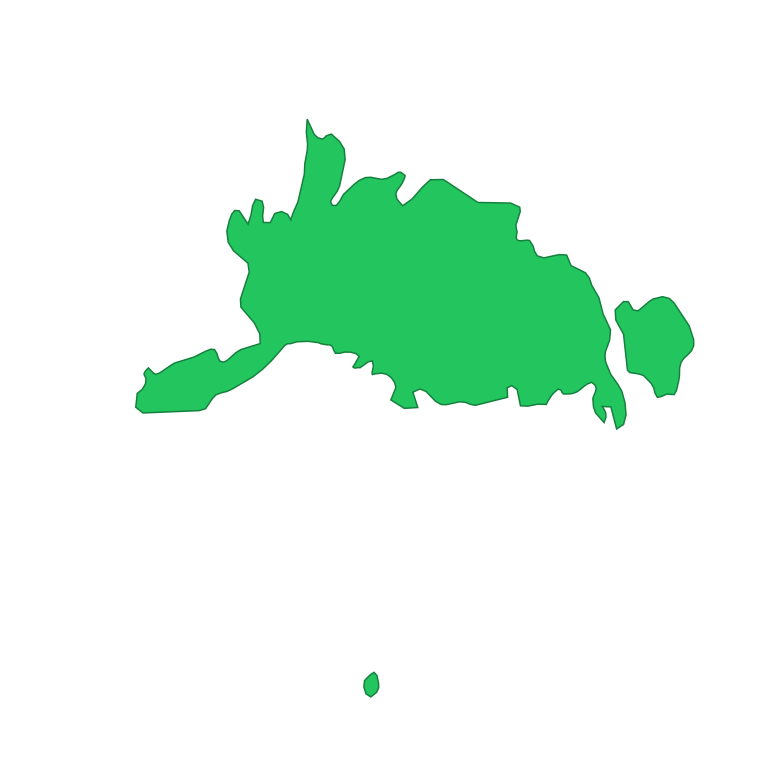 outline of Saare, rotated 40°
{"feature_id": "EST-2352", "entity_name": "Saare", "entity_type": "Municipality", "adm_level": 1, "iso_a3": "EST", "parent_name": "Estonia", "parent_adm1": "", "projection": "mercator", "projection_center": [22.596, 58.233], "detail": "fine", "context": "isolated", "style": "filled", "palette": "green", "viewbox_px": 768, "rotation_deg": 40, "n_neighbors": 0, "source": "natural_earth", "source_scale": "10m", "svg_char_len": 3568}
<svg xmlns="http://www.w3.org/2000/svg" viewBox="0 0 768 768"><g transform="rotate(40 384 384)"><path d="M563.5,234.0L570.7,236.6L580.5,243.3L589.2,252.0L593.5,261.0L591.1,268.9L572.5,255.7L565.6,261.0L569.3,262.1L572.6,263.7L575.4,266.8L577.4,272.1L564.8,270.2L559.2,266.9L553.4,261.0L552.3,258.4L551.1,254.4L549.3,250.8L546.4,249.2L541.9,249.2L541.4,250.4L539.7,253.4L539.1,255.5L537.5,263.6L536.5,266.8L534.2,270.5L532.2,272.6L527.9,276.3L525.9,276.0L523.2,274.9L520.7,276.0L519.7,282.2L519.8,285.6L520.2,289.2L520.7,292.5L521.5,295.3L514.8,300.6L508.5,308.4L502.6,313.0L489.6,302.7L482.9,303.1L480.8,307.8L487.2,314.7L467.7,341.6L463.1,344.1L458.4,345.6L453.5,348.9L445.0,359.8L441.0,363.0L434.3,364.1L421.0,362.7L414.7,364.7L411.4,371.7L425.0,380.3L415.2,389.6L399.5,391.8L395.3,378.9L390.9,375.9L385.5,374.5L380.0,374.8L375.2,377.2L370.8,381.8L369.0,384.2L367.6,383.1L364.4,377.2L360.2,373.7L357.6,377.4L355.2,386.9L353.1,388.6L352.1,389.9L351.2,390.7L349.2,390.9L349.1,389.0L347.5,380.7L347.4,378.9L343.2,378.7L338.1,381.0L333.4,384.8L330.3,388.9L327.1,391.7L323.7,390.4L320.3,388.4L317.3,388.9L315.1,390.7L309.5,393.9L307.3,394.4L298.4,400.1L290.1,407.7L286.3,413.4L284.2,415.2L283.3,418.0L282.8,438.6L281.5,450.8L279.0,462.8L270.9,485.5L268.5,490.6L265.2,495.1L262.3,500.0L261.9,505.3L263.2,517.7L259.4,523.3L218.0,561.1L208.8,561.4L201.0,549.8L202.3,543.4L201.2,537.4L198.3,532.8L194.2,531.0L193.4,530.1L193.0,528.0L192.9,525.4L193.2,523.1L200.9,523.9L203.2,523.1L205.2,519.3L208.4,507.7L210.1,502.6L221.1,485.5L226.2,473.8L228.9,468.7L232.0,466.6L236.2,467.9L240.0,470.4L243.5,472.0L247.1,470.4L248.7,466.7L250.4,455.2L252.1,449.8L263.2,432.6L256.6,425.4L245.4,420.6L225.0,417.1L219.4,411.2L208.8,384.9L202.1,378.9L183.1,378.7L173.6,375.6L165.3,367.9L160.5,358.3L158.2,351.8L158.1,347.0L161.7,344.4L177.1,348.9L173.7,340.5L168.7,331.8L166.9,325.0L173.1,322.3L178.3,326.1L183.0,333.3L187.7,337.8L193.2,333.4L190.7,323.7L194.6,317.8L201.1,316.0L207.2,318.2L204.5,311.8L201.0,299.8L188.1,274.5L181.8,266.3L175.0,254.3L171.1,249.2L162.8,241.2L154.9,230.5L170.3,237.7L175.1,237.8L179.4,236.0L180.1,234.0L180.2,231.1L183.0,226.4L194.1,226.8L202.6,229.7L210.0,237.1L222.7,260.9L224.3,266.6L224.9,274.2L225.4,277.5L226.6,279.2L228.3,279.9L230.0,280.1L232.7,277.9L232.7,273.1L231.1,264.9L232.8,250.2L234.2,243.8L237.1,237.8L241.0,234.1L250.3,229.0L254.1,224.6L257.5,216.8L258.8,212.7L260.8,211.0L266.1,210.7L266.9,211.9L267.9,214.8L268.8,218.2L269.2,220.8L269.6,227.5L270.8,230.7L275.0,234.0L283.7,235.5L286.6,224.3L286.9,208.9L288.2,197.8L298.0,189.2L339.2,184.6L364.7,164.0L374.3,161.3L377.5,164.3L382.9,177.5L386.2,180.5L388.0,181.7L391.2,186.9L393.3,188.1L396.2,186.9L401.4,181.6L403.2,180.5L409.2,182.3L414.1,185.6L419.1,187.3L425.4,184.6L435.0,172.3L441.0,167.8L451.2,173.1L466.8,169.3L473.3,170.9L479.8,174.9L493.1,179.7L506.8,189.5L522.7,196.9L528.7,205.5L532.9,217.0L535.2,220.4L539.5,224.6L551.3,230.8L563.5,234.0ZM607.6,191.9L612.2,201.0L613.1,205.6L607.1,210.0L604.7,215.0L602.0,218.5L597.5,216.8L592.8,213.4L587.8,211.7L577.5,210.7L573.5,212.1L564.8,217.3L561.5,216.8L535.5,191.9L520.5,186.0L513.5,178.7L514.5,166.9L518.2,163.9L527.1,167.1L531.5,164.8L532.2,161.7L534.2,150.1L535.5,145.9L541.3,138.0L547.5,135.1L553.9,135.4L580.4,143.3L592.6,150.9L596.6,155.5L598.2,161.0L597.9,166.5L597.2,171.9L597.7,176.6L600.1,181.6L605.4,188.3L607.6,191.9ZM572.3,616.9L575.2,620.0L576.5,625.0L575.1,632.2L569.3,632.9L563.2,628.9L559.8,623.8L560.0,619.1L560.6,614.6L561.7,611.3L566.1,611.9L572.3,616.9Z" fill="#22c55e" stroke="#15803d" stroke-width="1.5"/></g></svg>